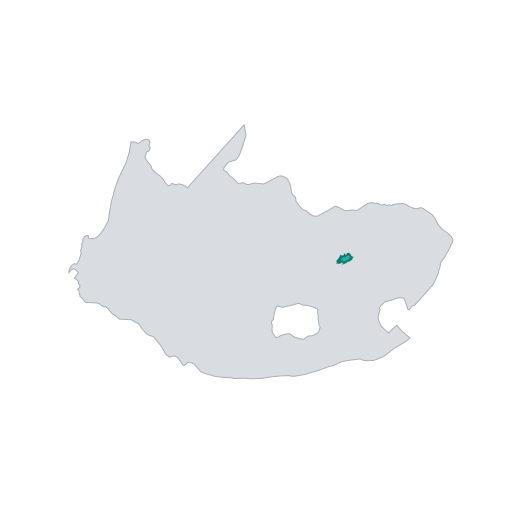 City of Johannesburg, Gauteng, South Africa (highlighted), rotated 42°
{"feature_id": "47623444B15418766532839", "entity_name": "City of Johannesburg", "entity_type": "district", "adm_level": 2, "iso_a3": "ZAF", "parent_name": "South Africa", "parent_adm1": "Gauteng", "projection": "mercator", "projection_center": [27.967, -26.215], "detail": "fine", "context": "in_parent", "style": "filled", "palette": "teal", "viewbox_px": 512, "rotation_deg": 42, "n_neighbors": 0, "source": "geoboundaries", "source_scale": "gbopen_adm2", "svg_char_len": 6039}
<svg xmlns="http://www.w3.org/2000/svg" viewBox="0 0 512 512"><g transform="rotate(42 256 256)"><path d="M348.0,108.9L358.9,107.4L363.9,108.2L369.8,110.6L375.4,111.5L384.8,110.6L388.0,111.0L390.6,111.8L392.4,113.1L395.1,122.5L397.4,132.7L397.4,136.0L397.7,137.3L400.4,141.6L401.4,144.3L403.0,146.5L406.4,157.4L406.8,159.3L406.8,186.0L405.4,189.2L406.0,193.4L404.4,194.0L395.0,188.6L393.4,188.8L390.8,190.8L388.3,193.9L387.2,196.6L382.4,203.9L382.1,208.5L382.5,212.5L384.1,212.6L385.2,215.5L387.8,220.0L392.1,222.9L396.2,224.3L401.8,224.6L406.2,224.5L406.0,221.4L407.0,213.2L414.4,214.2L425.3,213.9L424.6,219.3L420.6,231.5L418.1,245.3L414.8,252.3L413.0,255.2L407.7,260.3L404.9,262.0L402.5,262.6L393.4,273.0L390.0,278.0L387.0,285.4L384.0,289.5L379.6,298.1L371.8,311.0L365.3,319.4L362.4,321.9L360.4,323.0L355.2,327.9L347.9,335.9L342.3,343.0L333.9,351.1L329.1,354.6L321.8,361.6L319.8,362.6L311.6,369.1L305.7,373.1L296.1,377.7L292.3,379.0L283.3,377.8L279.5,378.5L276.3,381.2L276.0,385.3L274.7,385.9L266.4,384.0L262.9,384.3L260.9,386.5L259.3,389.2L254.5,389.3L246.0,386.5L236.0,384.8L233.7,384.6L228.9,386.7L227.2,387.0L220.1,386.5L216.2,385.2L212.5,385.2L209.6,386.3L206.1,386.7L196.7,394.3L191.8,394.3L187.7,395.1L180.2,394.1L178.0,394.6L175.8,395.9L170.8,396.5L168.8,397.7L160.3,404.6L156.8,403.9L152.3,403.8L147.3,400.1L145.4,400.3L145.9,399.2L146.1,397.3L144.3,395.2L142.3,395.4L141.3,393.7L138.3,393.5L135.8,394.0L135.3,387.7L134.1,387.0L131.1,386.9L129.6,387.1L128.9,387.7L128.2,389.2L128.1,393.6L127.1,392.3L125.9,389.7L125.5,386.8L125.9,383.5L128.2,382.2L127.6,378.0L124.0,370.7L121.9,369.1L120.2,365.4L118.5,364.0L117.8,361.4L116.1,359.3L115.6,356.0L116.5,354.1L117.9,353.1L119.4,354.8L121.2,354.1L123.8,351.7L125.3,348.1L125.4,342.4L125.0,338.8L123.0,329.6L122.0,327.5L117.4,320.9L112.0,312.1L105.2,298.4L101.9,290.1L97.0,273.6L92.7,264.3L87.3,255.7L86.7,255.1L87.5,254.0L90.3,252.1L91.6,251.5L92.3,251.8L93.0,251.2L93.7,249.9L94.1,246.8L95.5,243.6L96.7,242.3L99.2,241.4L101.1,242.6L101.9,243.7L102.3,245.3L103.1,246.0L104.5,246.0L105.4,246.9L106.0,248.9L105.9,250.3L105.1,251.2L105.2,252.4L106.2,253.8L107.3,257.0L112.4,258.6L115.4,258.8L118.1,259.6L120.8,261.1L125.0,261.4L131.0,260.7L135.9,261.0L139.8,262.4L142.6,262.6L144.3,261.8L145.1,260.5L144.8,258.9L145.7,257.8L147.6,257.4L149.2,256.1L150.4,254.1L153.1,252.4L157.3,251.2L159.4,251.2L159.4,166.5L167.0,172.2L168.7,174.9L172.4,182.8L176.2,192.5L176.8,197.2L176.6,198.2L172.8,204.6L172.6,207.7L173.1,211.5L174.0,213.3L175.1,213.9L177.8,213.0L181.9,214.0L189.8,213.6L193.8,214.0L194.8,213.7L195.7,213.0L196.7,210.7L197.6,210.0L201.3,209.0L202.9,207.7L205.5,203.3L213.4,197.4L214.2,196.0L219.2,182.0L220.7,180.0L222.8,178.7L227.1,177.6L229.7,178.2L232.4,179.4L235.5,181.4L240.1,185.3L241.6,185.8L246.2,186.0L249.1,188.5L257.7,190.2L260.2,190.1L262.8,188.8L267.3,188.8L272.0,187.9L274.9,185.4L280.4,170.1L281.0,166.7L281.7,165.8L286.2,164.1L291.7,162.8L292.8,162.1L296.2,157.9L300.7,154.4L303.8,142.3L305.8,139.4L307.1,138.2L307.9,138.2L309.0,137.4L310.5,136.0L312.3,135.1L314.3,134.7L315.7,133.7L316.3,132.1L317.3,131.3L318.8,131.4L319.7,130.9L319.9,129.8L323.3,127.2L323.3,126.2L325.3,123.6L329.0,119.6L332.5,117.4L335.9,116.9L342.0,114.9L344.2,112.9L345.6,110.3L348.0,108.9ZM337.7,290.8L343.2,288.7L347.3,285.8L348.2,280.7L351.3,277.5L352.5,274.5L353.3,270.4L351.5,266.2L348.9,265.0L344.3,261.3L342.3,258.8L339.5,256.7L337.6,254.3L334.4,255.1L329.5,257.1L326.4,258.9L323.8,261.1L319.2,262.7L314.9,269.7L313.5,271.2L310.1,276.4L305.2,278.9L305.1,279.8L306.8,284.0L309.0,288.1L311.4,291.5L311.3,293.7L312.1,295.3L314.2,296.4L317.8,300.7L319.6,302.1L325.0,303.1L325.8,302.8L327.3,300.3L327.5,298.5L331.2,293.0L332.8,291.3L337.7,290.8Z" fill="#d9dde1" stroke="#a8b0b8" stroke-width="1"/><path d="M328.4,192.5L326.9,193.1L326.8,192.7L326.5,192.7L326.3,192.7L326.2,192.8L325.6,192.8L325.5,192.7L325.3,192.4L324.4,192.9L324.3,192.2L324.0,192.3L323.9,192.3L323.6,192.2L323.6,192.3L323.5,192.5L323.4,192.4L323.3,192.5L323.5,192.7L323.3,192.7L322.8,192.7L322.8,192.8L322.7,192.9L322.8,193.0L322.6,193.3L322.8,193.6L323.0,193.7L323.1,193.8L323.1,194.3L322.9,195.0L322.7,195.1L322.5,195.8L322.5,195.7L322.4,195.8L322.4,195.7L322.2,195.7L322.2,195.8L322.1,195.7L322.0,195.8L321.9,195.7L321.6,195.8L321.9,196.1L321.4,196.0L321.5,196.1L321.5,196.3L321.3,196.3L321.4,196.5L321.4,196.8L321.2,196.9L321.2,197.0L321.4,197.1L321.3,197.3L320.8,198.2L320.9,198.3L321.0,198.3L320.9,198.4L320.7,198.4L320.8,198.6L320.3,198.6L320.0,199.3L318.9,199.0L318.9,199.3L319.0,199.9L319.1,200.0L319.6,200.3L319.4,200.8L319.4,201.0L320.1,200.9L320.2,201.4L320.3,201.4L320.4,201.0L320.8,200.9L320.9,201.0L320.9,201.4L321.0,201.4L321.1,202.1L320.8,202.0L320.8,202.8L319.6,202.7L319.6,203.2L319.8,204.0L320.3,204.0L320.3,204.7L320.2,204.7L320.1,204.8L319.9,204.8L319.9,204.7L319.9,204.8L319.9,204.7L319.7,204.6L319.7,205.5L320.1,205.5L320.1,205.4L321.0,205.5L321.1,205.4L321.1,206.0L321.3,205.7L321.6,205.9L321.8,206.0L322.0,206.3L322.3,206.4L322.3,206.5L322.3,206.1L322.2,205.6L322.1,205.4L322.0,205.2L322.0,204.8L322.0,204.6L322.9,204.5L322.9,204.9L323.0,204.9L323.0,204.4L323.1,204.2L323.3,204.1L323.3,203.6L322.5,203.7L322.5,203.4L322.5,203.2L322.6,202.9L322.7,202.7L322.8,202.7L323.2,202.6L323.3,202.5L323.6,202.5L323.8,202.1L324.1,202.1L324.9,202.4L324.9,202.2L325.1,202.2L325.3,202.2L325.5,202.3L325.7,202.6L325.7,202.4L326.1,202.2L326.4,202.1L326.3,201.8L326.6,201.6L326.5,201.4L326.3,201.4L326.1,200.6L326.1,200.4L326.3,200.4L326.6,200.3L327.2,200.1L327.2,199.9L327.2,199.7L327.3,199.7L327.1,198.6L327.0,198.2L327.2,197.9L327.4,197.8L327.4,197.7L327.4,197.4L327.5,197.3L327.5,197.2L327.6,197.3L328.1,197.2L328.1,196.9L328.3,197.1L328.3,196.6L328.5,196.5L328.5,196.4L328.4,196.3L328.5,196.2L328.4,196.1L328.4,195.9L328.2,195.8L328.2,195.7L328.0,195.4L327.9,195.3L328.1,195.2L328.3,195.2L328.2,195.1L328.3,195.0L328.5,195.2L328.4,194.9L328.5,194.8L328.9,194.4L329.1,194.3L329.0,193.9L328.9,193.9L328.7,193.8L328.7,194.0L328.1,193.9L328.4,192.5Z" fill="#14b8a6" stroke="#0f766e" stroke-width="1.5"/></g></svg>